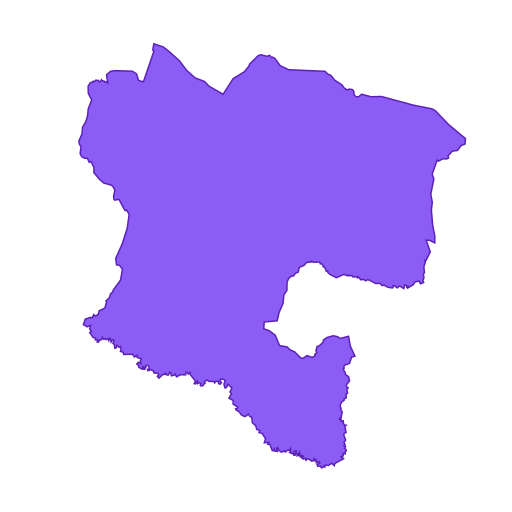 outline of Thung Fon, Udon Thani, Thailand, rotated 98°
{"feature_id": "78962969B54010161704756", "entity_name": "Thung Fon", "entity_type": "district", "adm_level": 2, "iso_a3": "THA", "parent_name": "Thailand", "parent_adm1": "Udon Thani", "projection": "mercator", "projection_center": [103.239, 17.504], "detail": "fine", "context": "isolated", "style": "filled", "palette": "violet", "viewbox_px": 512, "rotation_deg": 98, "n_neighbors": 0, "source": "geoboundaries", "source_scale": "gbopen_adm2", "svg_char_len": 6082}
<svg xmlns="http://www.w3.org/2000/svg" viewBox="0 0 512 512"><g transform="rotate(98 256 256)"><path d="M110.6,64.9L99.1,83.5L87.2,98.6L85.8,102.2L84.7,121.4L80.6,154.1L82.3,164.2L81.1,173.8L83.9,176.5L84.5,178.9L82.9,181.2L79.2,182.1L77.8,183.8L77.7,187.0L79.0,188.6L77.4,192.0L74.4,195.0L71.0,202.4L66.7,207.0L65.9,210.1L63.5,213.4L67.0,249.6L64.1,258.6L57.7,264.8L56.8,267.3L57.4,268.0L55.4,270.5L56.7,272.9L56.0,279.3L57.4,281.8L66.9,289.1L68.9,289.4L75.2,293.2L83.5,303.3L100.4,311.1L94.5,325.9L90.3,331.4L88.1,341.1L81.9,350.4L73.2,359.2L65.5,370.7L61.9,376.9L60.1,386.7L66.4,386.9L67.3,385.6L99.1,391.7L98.6,396.6L92.3,399.7L90.2,404.1L92.1,421.7L93.4,425.8L97.3,429.2L105.1,427.0L104.2,428.2L104.9,429.8L103.9,430.7L103.8,433.1L103.0,433.6L104.8,434.3L105.3,435.6L104.1,436.5L104.2,439.2L105.5,439.9L105.7,441.8L106.7,441.8L107.2,444.0L111.2,445.9L118.3,444.7L124.4,440.4L133.4,442.6L140.7,442.3L146.5,443.2L152.6,445.7L159.4,445.3L166.7,447.4L169.9,446.5L171.9,444.5L179.1,444.4L181.8,442.5L183.0,439.7L182.9,436.4L186.4,434.2L185.5,432.4L191.1,428.7L196.0,428.2L201.9,421.6L204.9,417.0L206.0,409.0L207.6,406.9L210.6,404.9L216.5,405.4L219.8,404.5L220.3,403.7L219.0,399.6L228.7,392.5L229.3,391.5L228.5,390.4L232.6,387.4L246.5,387.4L262.8,390.2L278.0,394.6L284.2,392.9L284.2,389.9L287.6,386.4L298.7,386.8L309.9,392.8L311.4,392.7L313.6,394.7L317.9,395.5L321.3,398.3L322.1,397.6L328.6,398.4L332.1,403.7L335.6,404.0L337.9,406.6L336.6,408.6L339.8,409.4L339.9,411.7L342.3,416.3L348.0,417.4L349.6,413.4L347.8,410.2L351.4,410.6L353.3,408.5L355.0,410.0L359.2,406.1L359.8,403.5L361.3,403.5L361.1,401.0L363.2,401.4L363.2,399.9L361.1,399.4L360.4,397.3L358.0,396.8L359.7,395.2L358.8,393.7L359.7,392.9L358.4,391.1L360.2,390.0L358.1,389.7L357.8,388.9L361.4,387.5L359.0,386.4L358.9,385.5L359.9,384.7L362.3,385.6L363.5,383.9L366.9,383.1L366.5,381.8L363.7,381.3L365.6,378.9L364.6,377.7L366.8,376.7L369.4,376.9L369.8,374.0L371.9,373.4L370.5,364.5L372.9,362.4L371.0,360.0L373.0,359.6L373.8,355.2L376.8,356.0L378.5,354.9L377.7,357.8L379.7,359.0L380.4,357.3L382.4,356.7L383.8,353.5L383.8,350.5L382.8,350.4L382.4,352.4L381.3,352.7L381.9,349.6L379.6,349.9L379.7,347.1L382.4,346.0L383.4,347.7L384.6,347.2L383.2,344.1L384.1,341.6L386.1,340.7L385.7,337.1L386.9,335.8L388.8,337.0L390.5,335.1L386.4,331.9L385.9,329.7L384.7,329.6L386.3,327.5L386.1,326.2L383.1,325.2L383.5,324.1L386.4,323.2L385.5,320.6L384.2,319.6L386.7,317.9L384.0,314.0L383.5,309.1L381.0,309.2L380.7,308.3L382.3,306.6L380.4,305.1L382.7,304.5L388.2,298.5L391.0,299.5L391.0,298.0L388.3,296.6L390.5,296.1L389.4,294.8L390.0,292.8L391.7,293.3L392.4,292.4L391.5,290.1L390.0,289.9L389.2,288.7L387.5,289.5L385.6,286.9L386.7,285.2L386.1,279.9L387.4,279.3L385.8,278.2L385.3,276.0L387.7,275.2L387.9,273.6L386.0,272.6L384.6,274.3L382.9,274.0L382.7,270.5L383.9,269.0L387.2,270.0L390.9,268.4L390.4,266.9L386.9,266.1L390.1,261.5L394.2,262.8L395.7,261.2L400.6,263.0L402.2,258.5L405.8,258.1L408.2,253.1L409.5,253.1L410.1,254.9L411.4,254.2L412.4,251.3L415.3,248.5L416.5,245.4L416.2,243.9L413.6,241.5L415.7,239.9L416.4,237.7L421.5,236.5L424.3,232.5L427.6,231.2L428.2,228.1L430.5,228.4L430.7,225.4L435.6,221.1L439.8,221.8L438.8,217.5L440.9,218.1L440.5,216.0L446.4,212.9L446.4,211.4L444.6,211.1L446.5,210.2L446.6,207.6L443.5,208.8L442.8,207.8L445.4,206.2L446.7,203.7L445.3,200.9L446.0,199.6L444.5,198.7L443.7,195.9L441.8,195.1L444.0,194.4L445.8,195.4L446.3,194.5L446.7,192.4L443.8,190.9L443.4,189.1L445.3,189.4L446.9,191.0L448.1,190.7L447.7,189.4L446.0,188.8L445.9,186.2L444.2,185.6L445.9,185.0L447.1,187.3L448.1,187.5L447.1,183.8L448.6,184.3L449.1,183.3L447.4,182.7L447.5,181.2L449.9,181.9L450.5,181.1L449.5,179.0L451.3,178.1L450.0,177.4L449.8,175.1L451.4,172.3L450.9,170.9L448.7,170.3L450.0,169.5L449.5,168.4L450.8,168.8L450.9,167.4L452.4,167.4L450.8,164.8L451.9,163.9L454.1,166.5L455.6,165.6L455.0,162.7L456.6,161.9L456.3,160.5L454.9,160.1L455.4,158.4L453.5,158.6L453.3,155.0L450.7,152.2L452.7,149.3L450.5,149.1L444.7,141.2L444.3,142.3L443.1,142.0L442.8,143.7L441.3,141.9L439.4,142.3L439.6,140.2L437.1,140.4L436.6,139.6L435.4,139.7L434.0,141.5L432.3,140.8L431.6,142.5L430.6,141.5L428.4,142.9L425.8,141.6L421.0,144.2L419.3,143.9L418.3,142.2L412.4,144.3L411.1,143.2L411.1,144.7L409.8,146.1L407.0,146.7L408.0,148.9L406.0,149.0L406.0,150.8L404.4,150.1L404.4,149.2L398.5,148.9L396.2,150.9L395.3,150.5L392.7,151.9L388.9,151.0L386.5,148.6L385.2,148.9L383.9,146.9L380.3,147.5L379.0,146.2L375.4,147.5L373.8,146.4L372.7,148.2L371.1,148.6L366.6,146.0L362.6,147.5L360.8,151.1L359.2,151.3L355.9,154.0L354.9,153.1L353.0,153.7L351.8,153.0L349.4,148.5L342.9,147.3L341.4,144.1L332.2,150.0L322.6,153.2L325.5,160.0L325.8,161.9L324.6,163.7L324.2,168.3L326.8,174.3L329.8,177.5L332.1,177.6L333.7,178.8L336.6,181.4L337.0,182.9L341.4,183.5L343.1,182.2L345.0,184.0L346.9,183.9L348.6,186.3L347.5,191.5L350.4,194.8L351.0,197.1L345.6,204.3L344.0,209.5L341.7,212.5L341.4,220.2L331.8,225.9L328.1,232.5L327.0,238.2L320.2,238.7L317.2,226.0L308.8,225.3L299.1,222.6L290.6,223.0L285.7,220.6L277.5,221.6L273.7,220.5L271.0,218.2L270.5,216.0L267.7,214.6L266.0,211.9L261.2,211.5L258.7,207.3L255.3,204.9L254.3,200.6L253.3,200.2L254.2,198.4L253.1,192.0L254.8,191.3L254.7,189.3L257.4,187.8L257.7,186.3L261.3,184.3L260.8,183.0L262.3,182.6L263.8,180.5L266.3,173.4L261.9,166.3L262.9,162.6L262.0,161.5L262.7,160.5L261.9,158.5L263.3,157.0L262.4,153.4L263.5,152.6L262.4,151.8L265.0,148.8L264.2,146.5L265.3,143.8L264.1,142.5L264.0,140.6L266.6,133.7L265.8,129.4L267.8,126.9L267.0,125.4L268.6,121.0L268.7,116.6L268.2,115.9L266.3,116.2L266.0,115.1L267.9,111.8L265.7,109.6L267.7,105.1L264.4,104.9L264.1,104.1L264.3,102.9L265.9,102.4L265.0,101.4L266.5,101.2L262.5,96.2L259.5,94.8L258.1,91.1L260.6,89.2L258.9,86.3L256.9,87.5L254.4,86.6L250.9,87.7L249.0,86.9L243.2,88.3L238.7,87.4L236.8,88.3L236.7,87.0L227.7,84.0L216.6,89.7L216.3,86.3L218.1,80.8L211.4,81.7L200.7,85.4L186.2,88.7L178.3,88.9L170.5,91.5L154.8,90.6L150.5,92.9L135.8,90.0L136.7,88.6L133.7,84.3L133.3,80.6L132.1,78.9L130.1,79.8L124.8,76.1L123.4,71.1L118.0,68.2L116.1,64.6L110.6,64.9Z" fill="#8b5cf6" stroke="#5b21b6" stroke-width="1.5"/></g></svg>